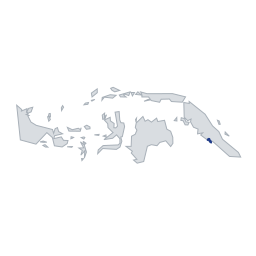 Kota Dumai, Riau, Indonesia (highlighted), rotated 173°
{"feature_id": "22746128B18875576502901", "entity_name": "Kota Dumai", "entity_type": "district", "adm_level": 2, "iso_a3": "IDN", "parent_name": "Indonesia", "parent_adm1": "Riau", "projection": "robinson", "projection_center": [101.324, 1.853], "detail": "fine", "context": "in_parent", "style": "filled", "palette": "blue", "viewbox_px": 256, "rotation_deg": 173, "n_neighbors": 0, "source": "geoboundaries", "source_scale": "gbopen_adm2", "svg_char_len": 4446}
<svg xmlns="http://www.w3.org/2000/svg" viewBox="0 0 256 256"><g transform="rotate(173 128 128)"><path d="M87.9,104.4L92.1,110.7L98.2,109.8L101.4,106.9L106.8,108.6L111.0,107.5L116.5,92.8L123.2,92.0L126.4,95.5L123.0,95.8L127.8,102.8L126.5,104.4L132.2,110.0L127.1,109.4L125.5,119.4L121.6,120.9L119.4,124.8L120.7,127.6L119.2,132.0L111.8,137.6L110.2,132.6L107.2,133.8L104.0,131.0L98.4,134.3L97.7,130.8L90.8,131.2L89.6,122.1L86.1,119.6L84.7,113.4L85.3,107.3L87.9,104.4ZM19.7,85.4L30.7,87.4L44.8,103.5L46.5,104.8L47.3,103.2L56.7,112.2L54.4,114.1L59.7,113.7L58.6,118.4L62.9,120.8L65.2,126.5L64.3,129.2L67.9,128.0L70.9,131.9L69.5,146.5L64.2,144.9L64.1,146.9L49.8,132.3L43.8,119.7L38.3,113.4L35.6,105.3L21.4,90.3L19.7,85.4ZM236.3,129.3L235.7,164.2L231.2,159.2L231.7,157.8L225.9,159.5L226.9,156.0L225.4,154.2L225.9,153.9L226.8,154.0L227.4,153.8L224.7,152.5L225.9,152.1L223.6,145.7L218.7,141.8L203.1,135.7L202.5,131.7L200.4,136.2L198.0,137.0L197.3,132.9L193.6,130.2L201.8,129.3L202.9,126.5L195.3,127.3L193.5,123.6L189.1,122.9L190.3,119.9L195.7,117.2L203.2,119.3L204.2,127.7L209.1,133.3L221.3,123.2L236.3,129.3ZM160.2,109.9L154.8,113.6L139.8,112.4L137.9,113.8L137.3,118.3L140.2,122.6L144.5,119.7L153.3,119.4L143.4,125.3L147.8,130.9L147.6,134.7L150.5,138.8L144.4,140.8L144.6,137.2L141.2,134.2L142.0,130.0L140.1,129.6L138.2,131.1L138.9,145.3L134.8,145.4L135.2,136.9L134.4,134.1L131.6,133.5L131.2,129.9L134.7,120.1L136.3,119.9L135.7,115.7L138.3,110.1L142.1,108.2L155.6,110.7L161.2,106.2L160.2,109.9ZM71.0,147.0L81.7,149.0L83.3,151.7L91.6,152.5L93.5,149.7L101.6,152.4L103.8,156.3L110.4,157.1L110.2,160.3L111.1,162.3L104.9,159.7L79.7,156.7L67.1,151.9L71.0,147.0ZM173.6,110.7L178.1,106.8L176.1,111.3L179.2,114.1L174.4,113.7L176.9,120.1L173.5,116.6L172.2,109.2L175.0,103.5L173.6,110.7ZM175.8,130.6L187.0,132.1L188.1,136.0L183.5,133.1L177.3,133.8L175.5,132.2L174.4,134.0L175.8,130.6ZM149.8,161.5L141.6,163.2L135.8,161.9L139.6,159.5L147.7,161.5L150.5,158.7L149.8,161.5ZM126.1,159.0L131.7,159.8L132.6,161.8L121.5,163.6L123.3,160.1L127.1,162.1L128.4,161.3L126.1,159.0ZM159.9,163.2L160.1,167.1L153.8,170.6L154.2,166.8L159.9,163.2ZM70.9,124.2L72.4,128.5L74.6,129.1L73.9,131.7L70.7,130.4L69.7,127.0L66.6,126.2L68.2,123.7L70.9,124.2ZM224.2,159.6L220.0,160.2L222.2,155.8L225.4,154.9L226.4,156.5L224.2,159.6ZM136.7,165.5L139.3,167.4L140.4,169.5L137.8,170.2L131.7,166.3L136.7,165.5ZM169.4,131.8L171.2,134.8L168.6,135.8L165.6,133.6L165.8,131.9L169.4,131.8ZM110.6,159.1L116.4,160.4L113.8,162.7L110.6,159.1ZM119.7,159.3L120.6,162.9L117.2,162.4L119.7,159.3ZM81.2,129.7L78.3,132.5L78.6,129.0L81.2,129.7ZM205.8,144.4L206.4,149.0L205.1,149.2L204.0,145.9L205.8,144.4ZM108.8,152.6L104.3,154.0L102.4,153.2L108.8,152.6ZM152.0,139.7L152.0,143.9L149.4,145.6L150.4,140.0L152.0,139.7ZM28.5,107.6L32.5,110.1L32.0,112.2L28.5,107.6ZM38.3,124.8L36.7,123.9L36.0,120.5L37.2,120.4L38.3,124.8ZM190.2,158.2L189.4,156.5L191.8,153.4L191.7,156.2L190.2,158.2ZM186.1,115.7L190.7,116.8L185.5,116.4L186.1,115.7ZM157.9,124.2L162.2,125.3L157.5,125.2L157.9,124.2ZM150.0,141.7L147.7,143.8L149.7,140.0L150.0,141.7ZM209.9,118.8L212.3,119.2L214.6,121.1L212.4,121.6L209.9,118.8ZM168.9,156.4L167.3,157.9L164.1,158.1L165.0,156.4L168.9,156.4ZM205.5,149.8L204.5,152.0L203.4,151.9L203.6,148.5L205.5,149.8ZM175.6,124.2L172.8,124.5L172.0,123.8L173.2,122.4L175.6,124.2ZM210.3,123.8L213.7,124.1L217.0,124.9L213.8,125.4L210.3,123.8ZM150.8,121.6L153.6,123.0L150.7,123.8L150.8,121.6ZM177.8,103.3L175.9,103.0L177.7,101.3L177.8,103.3ZM157.4,160.4L160.6,159.1L161.0,159.9L157.4,160.4ZM186.0,124.3L185.5,126.3L183.1,125.3L184.3,124.7L186.0,124.3ZM119.5,135.5L118.3,136.8L119.3,132.7L119.5,135.5ZM172.9,117.0L174.3,119.6L173.8,120.0L171.6,118.0L172.9,117.0Z" fill="#d9dde1" stroke="#a8b0b8" stroke-width="1"/><path d="M50.5,106.3L50.4,106.3L50.2,106.3L50.0,106.5L49.9,106.5L49.7,106.5L49.6,106.4L49.4,106.4L49.3,106.2L49.2,106.2L48.9,106.1L48.8,105.9L48.7,105.7L48.8,105.5L48.7,105.4L48.7,105.2L48.6,104.9L48.6,104.7L48.5,104.4L48.4,104.3L48.4,104.2L48.2,104.1L48.0,103.9L47.9,103.9L47.8,103.7L47.7,103.7L47.5,103.4L47.4,103.4L47.3,103.2L47.3,103.3L47.2,103.3L47.2,103.5L47.1,103.8L47.1,104.0L47.2,104.3L47.3,104.5L47.3,104.8L47.4,105.0L47.5,105.0L47.6,105.3L47.9,105.7L48.0,105.9L48.1,106.0L48.2,106.3L48.3,106.4L48.4,106.5L48.5,106.8L48.5,107.0L48.5,107.4L48.8,107.5L49.0,107.6L49.3,107.5L49.3,107.3L49.5,107.3L49.8,107.0L50.0,107.1L50.3,107.1L50.5,106.4L50.5,106.3Z" fill="#3b82f6" stroke="#1e3a8a" stroke-width="1.5"/></g></svg>